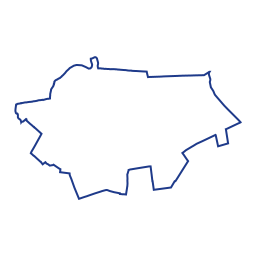 outline of Comana, Giurgiu, Romania, rotated 270°
{"feature_id": "2599482B75147928047629", "entity_name": "Comana", "entity_type": "district", "adm_level": 2, "iso_a3": "ROU", "parent_name": "Romania", "parent_adm1": "Giurgiu", "projection": "natural_earth1", "projection_center": [26.155, 44.161], "detail": "fine", "context": "isolated", "style": "outline", "palette": "blue", "viewbox_px": 256, "rotation_deg": 270, "n_neighbors": 0, "source": "geoboundaries", "source_scale": "gbopen_adm2", "svg_char_len": 5384}
<svg xmlns="http://www.w3.org/2000/svg" viewBox="0 0 256 256"><g transform="rotate(270 128 128)"><path d="M133.7,240.6L136.2,238.3L137.4,237.1L139.5,235.0L140.3,234.2L145.0,229.5L146.7,227.8L150.1,224.5L152.6,222.3L153.2,221.8L157.5,218.1L158.3,217.4L158.9,216.9L161.0,215.1L161.5,214.8L162.3,214.4L164.3,213.6L164.8,213.4L166.4,212.4L168.2,211.2L168.5,211.0L168.9,210.9L169.0,210.8L170.1,210.6L173.4,209.9L174.0,209.8L174.5,209.9L174.7,210.0L176.0,210.3L176.4,210.3L176.5,210.3L177.0,210.3L177.3,210.2L180.1,209.3L181.5,208.9L181.9,208.9L182.1,208.9L182.7,208.9L183.1,208.9L184.2,209.6L184.2,209.4L184.1,209.2L183.3,208.0L182.6,206.9L181.1,204.5L180.8,204.0L180.7,198.1L180.6,194.0L180.5,191.4L180.4,186.2L180.3,182.1L180.2,179.9L180.2,179.1L180.1,177.8L180.0,174.9L179.9,172.2L179.7,166.5L179.6,163.8L179.4,160.9L179.0,149.0L178.9,148.0L182.0,147.2L184.4,146.7L184.6,142.6L184.8,139.2L185.0,136.1L185.0,135.2L185.1,133.3L185.2,131.8L185.3,131.7L185.4,131.2L185.4,129.7L185.5,127.9L185.6,127.5L185.9,125.6L186.0,123.5L186.3,119.9L186.3,119.5L186.5,118.9L186.4,118.6L186.4,118.2L186.4,117.9L186.5,117.6L186.7,116.5L186.7,116.2L186.7,115.6L186.7,115.4L186.8,115.2L186.8,114.6L186.8,113.8L186.9,113.2L186.8,112.1L186.9,111.8L186.9,111.6L186.8,111.4L186.8,110.7L186.8,110.0L186.9,109.9L186.9,109.5L187.0,109.0L187.0,107.4L187.1,106.4L187.1,106.0L187.2,105.5L187.2,105.3L187.1,105.2L187.1,104.5L187.2,103.8L187.3,103.6L187.4,103.2L187.4,102.9L187.4,102.7L187.4,101.9L187.5,101.5L187.5,101.3L187.6,101.0L187.6,100.8L187.7,99.7L187.6,99.4L187.6,98.8L187.6,98.5L187.6,98.4L187.6,98.2L188.6,97.9L189.3,97.8L189.9,97.7L190.4,97.7L190.8,97.8L191.8,98.0L192.5,98.1L192.9,98.1L193.6,98.0L194.7,97.7L196.5,97.2L197.4,97.0L197.9,96.7L198.5,96.1L198.6,95.9L198.8,95.4L198.8,94.9L198.7,94.5L197.7,92.5L197.5,92.0L197.3,90.8L196.1,90.8L194.6,91.1L191.6,92.1L191.2,92.1L190.1,92.0L188.7,91.5L188.3,91.1L187.6,90.3L187.4,88.7L188.9,85.9L190.6,82.0L190.7,81.5L191.0,77.2L191.0,76.4L190.3,73.8L189.7,72.8L187.9,69.7L187.0,68.9L184.7,66.4L183.0,65.1L180.9,63.1L180.1,62.2L179.9,61.9L179.6,61.7L179.2,61.4L179.0,61.1L178.8,60.8L178.5,60.4L178.1,60.1L178.0,59.9L177.8,59.4L177.7,59.3L177.5,58.9L177.4,58.5L177.2,58.3L177.1,58.1L177.0,57.9L176.8,57.7L176.7,57.5L176.5,57.3L176.4,57.0L176.4,56.8L176.3,56.6L176.2,56.5L176.1,56.2L175.9,55.9L175.6,55.5L175.4,55.2L175.2,55.1L174.9,54.8L174.8,54.7L174.7,54.6L174.4,54.4L174.0,54.3L173.8,54.4L173.6,54.4L173.4,54.4L173.0,54.3L172.8,54.2L172.5,54.1L172.3,54.0L172.2,54.0L172.2,53.9L171.8,53.9L171.5,53.8L171.4,53.8L171.0,53.6L170.7,53.6L170.5,53.4L170.2,53.4L169.9,53.3L169.7,53.2L168.3,52.2L167.2,51.5L166.6,51.1L166.4,51.1L165.5,51.0L162.9,50.4L162.4,50.3L162.0,50.2L161.4,50.2L160.6,50.2L160.0,50.1L158.5,50.0L157.5,50.0L157.2,48.4L157.2,48.2L157.2,47.6L157.1,47.1L156.9,46.1L156.7,45.5L156.2,43.8L156.2,43.3L156.0,43.0L156.2,42.5L156.1,42.3L156.1,42.0L155.8,40.0L155.8,39.2L155.7,38.8L155.7,38.4L155.5,37.9L155.4,37.6L155.3,37.4L155.3,37.2L155.2,36.9L155.0,35.9L154.9,35.3L154.8,34.6L154.7,33.4L154.5,32.7L154.4,32.5L154.3,31.5L154.2,31.2L154.1,29.6L154.0,28.8L153.8,27.4L153.6,26.5L153.6,26.2L153.6,25.6L153.5,24.6L153.1,22.9L152.9,21.1L152.7,21.1L152.1,17.2L151.5,16.7L151.3,16.3L151.3,16.1L146.9,15.5L145.0,15.4L143.0,15.9L142.5,16.4L142.3,16.7L142.3,17.1L142.4,17.4L142.1,17.6L141.8,17.7L141.1,17.9L140.6,17.9L140.2,17.9L139.2,17.9L138.8,17.9L138.5,18.0L138.1,18.2L137.8,18.4L137.6,18.5L137.4,18.8L137.2,19.0L136.9,19.5L136.7,19.8L136.5,20.1L136.3,20.3L136.0,20.5L135.5,20.7L135.2,20.8L134.5,21.1L134.3,21.1L133.7,21.2L134.0,21.4L134.5,23.2L136.3,25.3L136.6,25.6L137.1,26.2L137.5,26.7L137.3,26.6L136.8,26.5L136.1,26.4L135.7,26.4L135.4,26.6L133.1,29.1L132.1,30.2L131.3,31.2L130.9,31.7L128.6,34.2L128.7,34.3L128.4,34.5L128.1,35.0L126.0,37.3L122.2,41.5L119.2,39.9L116.0,38.1L110.2,34.9L106.9,33.0L104.2,31.4L103.6,31.2L102.8,30.8L102.6,31.0L102.1,31.6L101.4,32.5L100.9,32.9L100.1,33.9L100.1,34.1L97.5,36.9L95.8,38.8L94.6,40.1L94.3,40.4L94.1,40.7L94.1,40.9L93.9,41.0L93.7,41.1L92.8,41.8L91.7,42.7L93.0,44.3L93.8,45.4L93.1,46.0L92.5,46.4L91.7,48.1L90.7,49.4L90.4,49.8L90.7,51.5L90.8,52.0L90.9,52.7L90.9,52.9L91.2,53.4L91.3,53.5L91.2,53.7L89.8,55.7L87.9,58.5L87.2,59.6L87.0,60.0L86.8,60.4L83.8,60.1L82.6,69.6L81.3,69.7L80.7,69.8L79.0,70.5L77.1,71.3L68.4,74.4L57.2,79.0L57.5,79.9L59.0,84.3L59.8,86.9L60.6,89.1L62.6,94.9L64.5,100.9L64.9,102.0L65.4,103.8L65.9,105.7L66.0,106.4L65.9,107.4L65.0,109.7L63.8,114.1L62.7,119.9L62.0,119.9L61.9,121.1L61.8,122.1L61.7,122.8L61.7,123.3L61.8,123.8L61.7,124.3L61.6,124.9L61.5,126.0L67.1,126.9L68.5,127.1L69.3,127.2L69.5,127.3L72.2,127.5L72.8,127.5L75.4,127.4L75.8,127.4L76.3,127.4L76.7,127.5L81.6,127.3L82.6,127.7L84.8,128.3L85.2,128.5L85.8,128.6L86.0,128.6L86.2,129.2L86.5,130.1L86.6,130.5L86.6,130.8L87.3,135.0L87.8,138.0L89.6,149.2L89.6,149.8L89.6,150.3L89.6,150.6L82.3,151.5L81.6,151.6L74.8,152.4L74.8,152.6L66.2,153.8L68.5,171.0L74.8,174.7L74.8,175.4L77.1,176.9L78.2,177.6L80.6,179.1L85.7,182.3L94.9,188.1L96.4,187.0L99.3,185.0L100.8,184.0L103.0,182.4L104.2,184.0L105.1,185.1L105.6,185.7L105.9,186.1L107.8,189.3L109.0,191.3L109.6,192.3L109.9,192.9L110.3,193.5L110.7,194.2L112.2,196.6L114.9,202.5L117.6,208.2L121.1,215.5L120.9,215.7L109.7,218.1L112.6,228.1L126.7,225.9L126.7,226.0L126.8,226.0L127.1,226.7L130.9,234.7L132.6,238.3L132.9,239.0L133.6,240.5L133.7,240.6Z" fill="none" stroke="#1e3a8a" stroke-width="2"/></g></svg>